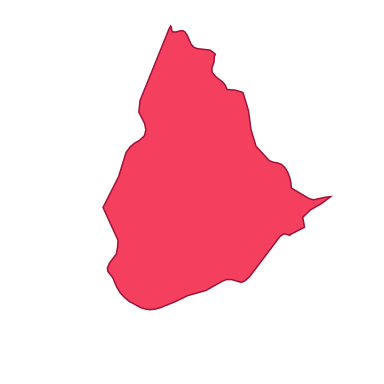 outline of Annaba, rotated 36°
{"feature_id": "DZA-2163", "entity_name": "Annaba", "entity_type": "Province", "adm_level": 1, "iso_a3": "DZA", "parent_name": "Algeria", "parent_adm1": "", "projection": "natural_earth1", "projection_center": [7.527, 36.848], "detail": "fine", "context": "isolated", "style": "filled", "palette": "rose", "viewbox_px": 384, "rotation_deg": 36, "n_neighbors": 0, "source": "natural_earth", "source_scale": "10m", "svg_char_len": 1210}
<svg xmlns="http://www.w3.org/2000/svg" viewBox="0 0 384 384"><g transform="rotate(36 192 192)"><path d="M77.1,70.3L78.7,71.0L80.5,73.0L82.3,73.9L85.0,71.9L88.1,68.1L90.0,66.9L92.1,66.6L96.2,68.1L104.2,72.9L108.5,73.9L112.2,72.8L123.1,66.6L128.9,66.6L130.1,67.1L130.4,69.2L133.4,73.9L135.2,79.9L138.0,83.4L143.8,84.8L152.4,85.0L156.2,86.0L160.0,88.5L167.0,84.2L174.7,81.5L190.1,93.2L202.8,106.6L217.0,117.4L236.1,121.2L240.3,120.1L244.1,118.2L248.3,117.0L253.7,117.9L258.5,120.2L262.9,123.1L266.7,126.5L270.1,130.4L290.7,128.5L295.0,126.8L302.8,118.0L306.9,114.3L303.6,125.1L298.3,136.9L296.5,147.4L303.7,154.3L296.1,169.5L296.3,169.6L294.5,170.4L291.6,171.3L290.5,173.0L289.3,176.4L288.4,226.3L287.2,232.4L285.0,236.2L275.8,239.4L271.3,242.6L268.9,246.5L261.2,263.4L249.4,278.4L243.1,290.2L234.6,303.9L231.1,308.3L227.1,312.0L222.9,314.2L218.4,315.7L205.9,317.4L199.5,317.0L193.3,315.8L187.1,313.2L179.7,308.7L177.4,307.6L170.7,305.8L168.3,303.3L167.0,298.1L167.2,286.6L163.7,279.4L160.3,274.4L129.1,256.8L123.6,222.8L115.4,198.6L115.5,191.6L116.8,186.2L119.2,181.0L120.4,174.2L118.1,168.8L113.5,164.5L102.0,158.6L96.2,148.6L77.5,73.3L77.1,70.3Z" fill="#f43f5e" stroke="#9f1239" stroke-width="1.5"/></g></svg>